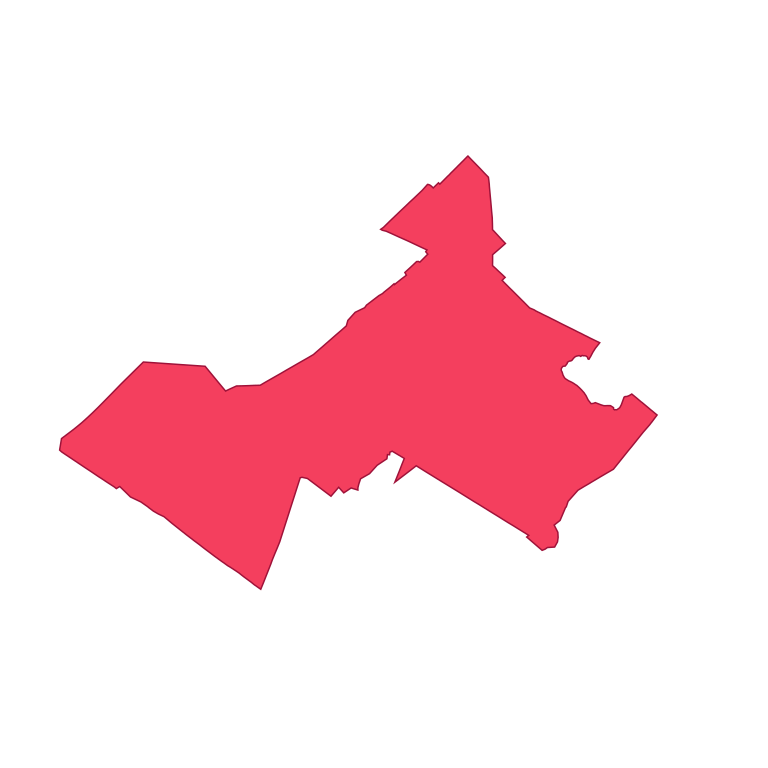 Temamatla, México, Mexico (Mercator projection), rotated 30°
{"feature_id": "50627088B72958492405595", "entity_name": "Temamatla", "entity_type": "district", "adm_level": 2, "iso_a3": "MEX", "parent_name": "Mexico", "parent_adm1": "México", "projection": "mercator", "projection_center": [-98.878, 19.192], "detail": "fine", "context": "isolated", "style": "filled", "palette": "rose", "viewbox_px": 768, "rotation_deg": 30, "n_neighbors": 0, "source": "geoboundaries", "source_scale": "gbopen_adm2", "svg_char_len": 5330}
<svg xmlns="http://www.w3.org/2000/svg" viewBox="0 0 768 768"><g transform="rotate(30 384 384)"><path d="M401.2,196.2L400.8,196.1L399.9,194.5L397.6,190.7L395.1,186.7L394.9,186.3L390.4,180.0L389.8,179.1L387.2,175.4L384.6,171.7L381.9,167.9L376.2,159.8L375.5,158.7L375.3,158.4L373.9,156.5L373.7,156.2L372.5,154.6L371.0,152.7L365.3,151.1L359.7,149.4L354.0,147.8L348.3,146.2L342.7,144.6L342.2,146.2L341.9,147.5L341.5,148.9L341.1,150.6L340.3,153.4L339.7,155.8L339.2,157.5L338.6,159.9L338.3,161.0L337.8,162.8L337.4,164.4L336.8,166.5L336.4,167.9L335.9,170.2L335.1,172.8L334.7,174.4L334.3,175.9L333.1,180.5L332.4,183.0L330.6,182.5L328.6,189.6L326.3,189.0L324.9,188.8L323.9,188.8L323.4,188.9L322.8,189.0L322.3,189.2L321.9,189.4L320.3,197.0L320.2,197.4L318.2,204.2L317.7,205.9L316.9,208.6L315.3,213.7L313.4,220.3L311.4,227.0L309.5,233.5L307.6,240.0L305.2,248.7L303.8,251.7L305.6,251.7L309.5,250.6L315.1,250.0L323.6,249.2L332.1,248.3L334.2,248.1L342.6,247.4L348.5,246.9L354.2,246.4L354.0,248.6L357.0,249.7L354.1,260.6L352.4,260.7L351.0,261.7L348.7,269.4L346.3,277.0L349.0,278.6L348.2,280.5L346.6,284.3L343.8,291.5L343.7,291.7L343.4,292.6L342.6,292.2L340.9,297.2L338.0,304.7L337.5,306.4L335.4,310.0L332.4,317.2L329.4,324.4L329.1,327.6L323.2,336.3L321.0,346.5L320.9,347.0L322.3,352.5L320.1,359.1L317.8,365.6L315.6,372.1L313.1,379.4L310.6,386.7L308.1,393.9L305.1,399.2L302.0,404.5L298.9,409.8L295.8,415.2L292.7,420.5L289.7,425.8L286.6,431.1L283.5,436.4L280.4,441.7L277.4,447.0L272.3,450.1L267.3,453.3L262.3,456.4L257.2,459.5L253.0,465.4L250.3,469.3L241.3,466.0L220.2,458.1L192.4,471.7L164.6,485.3L160.4,500.5L156.2,515.7L153.1,528.0L149.9,540.4L148.0,547.6L146.0,554.7L143.9,561.6L141.7,568.4L139.6,574.1L137.4,579.7L134.7,586.1L132.0,592.5L136.1,603.4L138.8,604.0L142.9,604.3L149.3,604.7L155.0,605.1L161.1,605.5L167.0,605.9L173.7,606.3L183.6,607.0L186.2,607.1L192.4,607.5L202.0,608.0L204.5,608.4L206.4,604.9L213.6,606.7L220.9,608.6L232.4,607.7L240.6,608.4L242.3,608.7L247.8,609.4L253.5,609.4L258.5,609.0L259.9,608.9L270.2,610.7L276.3,611.6L282.3,612.5L288.4,613.4L292.3,613.9L298.3,614.7L304.3,615.4L310.7,616.3L317.2,617.1L323.6,617.9L332.3,618.8L334.8,619.0L339.5,619.5L341.6,619.5L349.3,619.9L353.2,620.2L356.4,620.7L359.2,621.1L363.8,621.6L368.3,622.1L371.9,622.7L379.9,623.4L379.0,616.7L378.0,610.0L377.0,603.2L376.0,596.5L375.2,592.1L374.3,585.6L373.5,579.2L372.6,572.7L371.3,566.8L370.0,560.8L368.7,554.9L367.4,548.9L366.1,542.9L364.8,537.0L363.5,531.0L362.2,525.0L360.9,519.1L359.6,513.1L358.3,507.1L359.6,505.8L364.9,504.1L370.7,504.8L378.0,505.7L385.3,506.6L394.2,507.7L396.4,496.1L403.6,498.4L407.5,490.5L414.4,488.9L413.3,487.0L412.2,483.2L411.1,477.8L416.3,468.9L418.7,457.8L422.8,449.5L423.9,447.3L422.3,443.4L424.2,442.5L423.2,440.1L424.7,438.1L432.6,438.2L438.8,438.3L439.7,444.6L440.7,450.9L441.6,457.3L442.5,463.6L445.1,457.4L447.7,451.2L450.3,444.9L452.8,438.7L464.2,439.1L467.8,439.2L471.4,439.3L477.8,439.5L485.0,439.7L493.0,439.9L503.6,440.2L509.5,440.4L515.4,440.6L521.2,440.8L527.1,440.9L533.0,441.1L538.9,441.3L549.5,441.6L554.7,441.8L560.7,442.0L566.8,442.1L572.8,442.3L578.9,442.5L585.0,442.7L584.1,445.2L604.1,449.0L606.1,446.5L607.3,443.9L613.3,439.9L613.2,434.0L611.5,429.8L608.7,425.5L601.9,421.1L604.7,414.1L603.0,400.3L603.3,399.3L602.1,393.6L603.6,386.3L605.1,379.0L608.5,372.8L612.0,366.7L612.1,366.4L617.2,357.3L617.7,356.4L621.5,349.7L625.3,343.1L626.2,337.2L627.1,331.4L628.0,325.5L628.9,319.6L629.9,313.7L630.8,307.8L631.7,301.9L632.6,296.1L634.5,286.3L634.7,284.6L634.9,283.5L636.0,274.3L632.9,273.8L630.1,273.3L627.5,272.9L626.0,272.6L616.8,271.0L615.7,270.9L609.7,269.8L603.6,268.8L602.5,270.8L602.1,271.4L601.7,272.0L600.6,273.3L599.0,274.4L598.8,274.9L598.5,275.4L599.9,283.3L600.0,286.7L598.5,289.9L597.0,290.7L596.6,291.1L595.4,291.0L594.6,289.7L591.0,289.5L589.9,290.1L588.3,291.0L586.3,292.3L585.1,292.9L582.5,293.5L576.3,294.5L575.6,295.4L574.9,296.2L573.1,297.5L568.9,295.8L568.4,295.5L564.8,293.1L564.2,292.8L563.3,292.4L561.8,291.6L559.4,290.8L558.2,290.4L555.3,289.6L551.6,288.8L550.2,288.8L547.9,288.6L546.1,288.6L544.3,288.7L543.2,288.8L542.2,288.9L538.1,288.7L536.4,287.9L534.5,286.7L532.3,284.6L530.7,283.6L530.0,282.4L529.8,280.9L530.1,279.3L531.2,278.4L532.0,277.8L532.4,274.6L532.2,274.2L532.0,273.5L532.7,272.2L533.0,271.6L533.1,271.4L534.2,270.7L534.5,270.2L534.9,269.6L535.1,268.4L535.2,267.4L535.5,266.1L535.9,264.9L536.7,263.7L538.8,261.8L540.6,261.7L540.9,260.9L541.0,260.6L541.3,260.4L541.7,260.0L542.0,260.0L542.6,259.9L543.2,259.4L543.6,259.3L544.1,259.0L544.8,258.8L545.7,258.8L546.5,259.0L547.3,259.4L547.9,260.2L548.2,260.2L548.6,260.3L549.0,260.2L549.2,259.9L549.2,259.3L549.1,258.7L549.2,257.0L549.0,252.1L549.2,247.3L550.2,240.4L539.0,241.2L536.5,241.3L534.9,241.4L534.0,241.5L529.3,241.7L525.6,242.0L523.2,242.1L519.7,242.3L516.9,242.5L513.6,242.7L509.1,243.0L505.3,243.2L501.1,243.4L496.4,243.7L494.2,243.8L492.5,243.9L489.9,244.1L487.4,244.3L485.1,244.4L482.9,244.5L481.2,244.7L480.4,244.7L478.9,244.8L477.0,244.7L472.0,245.3L464.7,243.3L458.0,241.5L451.2,239.7L449.0,239.1L444.3,237.9L441.4,237.1L438.7,236.4L434.5,235.2L435.0,233.1L435.6,231.1L431.1,230.0L426.6,229.0L423.4,228.2L418.8,227.2L416.8,223.6L414.9,220.3L413.4,217.7L416.2,209.7L418.9,201.6L414.5,200.3L408.1,198.3L402.3,196.5L401.2,196.2Z" fill="#f43f5e" stroke="#9f1239" stroke-width="1.5"/></g></svg>